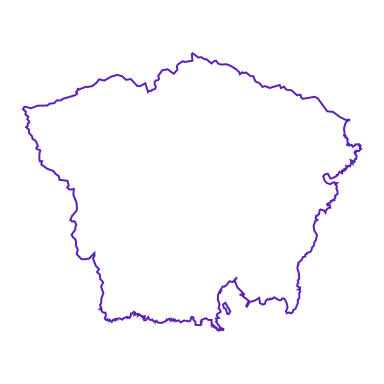 Nossa Senhora Da Graca, Praia, Cabo Verde
{"feature_id": "66160863B19025383966327", "entity_name": "Nossa Senhora Da Graca", "entity_type": "district", "adm_level": 2, "iso_a3": "CPV", "parent_name": "Cabo Verde", "parent_adm1": "Praia", "projection": "robinson", "projection_center": [-23.509, 14.948], "detail": "fine", "context": "isolated", "style": "outline", "palette": "violet", "viewbox_px": 384, "rotation_deg": 0, "n_neighbors": 0, "source": "geoboundaries", "source_scale": "gbopen_adm2", "svg_char_len": 5934}
<svg xmlns="http://www.w3.org/2000/svg" viewBox="0 0 384 384"><path d="M240.0,74.3L239.2,72.1L235.6,68.9L230.3,65.7L226.2,64.2L221.6,64.6L218.3,63.7L216.0,60.7L214.0,61.2L211.5,63.5L206.5,59.3L204.6,59.2L201.2,57.2L198.5,57.6L192.5,53.3L191.8,54.2L192.5,60.7L184.5,62.0L182.8,61.2L178.0,64.4L176.8,66.2L177.4,69.7L173.7,73.8L167.7,69.3L162.3,70.3L158.2,75.9L159.1,78.8L158.0,80.2L156.0,80.4L154.7,81.7L154.6,83.9L155.9,86.6L155.1,89.0L152.0,89.9L151.5,90.8L149.0,91.1L148.1,92.1L145.3,83.3L140.1,86.1L137.3,86.0L130.8,79.1L126.0,79.8L122.3,76.4L117.5,74.9L111.5,76.5L104.2,80.6L99.1,79.3L96.6,82.7L92.4,86.0L87.5,87.1L86.2,86.7L79.1,89.4L77.8,88.9L77.6,90.5L76.1,92.0L77.1,93.1L76.9,94.0L75.2,95.2L62.6,98.9L61.0,100.4L56.6,100.4L54.3,103.1L49.7,103.7L47.3,105.5L37.9,105.7L30.8,108.3L25.6,106.7L24.1,107.1L23.0,109.3L25.9,111.7L25.4,114.4L28.4,116.8L27.2,119.0L29.1,121.4L29.2,122.4L27.7,123.7L27.8,125.8L26.1,127.1L28.9,129.6L29.1,133.1L31.9,136.0L32.7,139.1L34.9,140.1L36.2,141.8L37.9,146.1L36.4,147.6L36.6,148.9L40.3,150.3L39.4,153.9L39.4,159.9L40.0,161.4L41.9,161.1L41.3,164.5L47.3,168.8L53.5,171.1L55.6,173.9L58.8,176.2L59.5,179.8L67.4,180.8L68.5,184.2L68.5,185.9L67.2,187.5L67.7,188.2L70.1,189.6L73.8,189.1L73.4,194.9L76.5,202.5L77.0,208.4L76.4,210.9L72.0,216.0L70.3,220.1L72.2,221.5L73.8,221.2L75.1,222.0L76.3,224.9L75.3,227.1L75.3,229.5L71.6,234.7L72.9,237.2L75.4,239.3L76.1,242.4L75.9,245.6L77.8,249.3L76.7,254.1L81.2,258.9L83.1,259.4L89.0,258.7L94.4,253.1L94.5,255.9L93.0,258.5L95.9,266.0L99.0,269.2L97.0,272.0L99.8,274.6L100.3,279.1L103.2,282.3L101.1,286.6L103.4,293.1L101.4,298.5L101.1,303.5L100.0,304.9L101.2,307.7L99.9,309.2L101.5,309.2L101.7,311.3L103.1,312.5L105.5,312.7L105.9,316.2L104.8,317.9L105.3,319.4L106.8,320.2L107.6,319.2L109.0,321.1L109.9,319.9L111.8,321.9L113.3,319.7L115.1,320.3L115.0,319.3L116.6,319.5L116.2,318.9L119.5,318.4L122.3,319.6L123.8,318.0L126.7,317.3L126.9,316.1L127.5,317.9L128.4,317.3L129.4,318.0L130.7,316.1L130.9,313.6L132.2,313.6L133.9,311.8L135.1,312.7L134.4,315.0L136.9,314.0L137.6,314.7L138.0,313.9L138.9,314.3L138.5,315.3L139.6,314.5L141.3,316.4L142.2,316.1L142.5,317.1L144.7,316.1L144.8,317.7L143.5,319.0L144.2,320.3L145.9,320.2L148.2,317.0L149.6,319.5L151.5,320.1L152.2,319.6L153.7,321.3L155.2,321.3L155.3,322.2L156.5,320.8L158.1,322.6L161.8,322.9L166.0,321.0L166.8,319.5L167.4,320.1L169.6,318.7L170.5,320.6L171.6,319.0L172.5,320.7L173.6,320.7L173.0,319.6L174.2,319.2L175.7,320.4L175.6,321.1L178.6,320.5L178.7,321.4L178.9,320.9L180.8,322.3L183.9,320.5L189.4,321.4L190.6,320.1L191.4,317.0L192.5,316.9L193.6,317.9L193.2,319.6L195.3,321.6L195.5,324.8L200.4,325.2L201.4,324.5L200.8,322.8L201.7,321.8L201.0,321.5L201.6,319.9L206.0,318.2L208.3,319.9L211.6,320.0L211.5,323.4L212.6,324.5L211.8,324.5L211.7,325.0L212.6,324.7L212.8,325.4L212.0,325.4L212.9,325.8L213.3,325.3L212.9,326.2L213.7,325.9L214.0,326.9L215.0,326.7L215.4,328.0L216.7,327.7L217.2,329.6L217.8,329.3L219.0,330.7L219.8,330.3L219.0,330.3L219.6,329.1L220.1,330.0L221.6,329.2L221.8,329.9L223.2,330.1L223.4,329.0L220.5,327.8L216.0,321.6L216.9,320.8L216.0,318.5L218.8,318.0L216.7,315.5L217.2,314.1L220.7,311.8L220.1,309.9L218.6,308.5L219.5,304.1L217.8,299.5L218.1,294.7L219.2,292.6L220.7,293.4L219.3,292.1L220.2,290.6L220.7,291.5L221.2,290.8L220.3,290.4L222.7,286.5L224.1,286.7L226.5,285.2L229.4,281.3L232.7,282.0L236.9,277.3L234.0,282.1L235.0,281.5L237.4,287.4L244.1,294.2L243.1,295.7L241.5,294.4L239.6,294.7L241.3,294.9L248.8,300.9L246.3,305.8L246.9,306.2L246.4,307.5L249.7,301.9L254.4,300.8L259.2,297.9L260.0,303.2L263.1,304.6L264.8,303.8L265.8,300.9L267.5,299.1L269.5,299.7L270.3,298.5L271.8,299.2L274.1,297.3L279.4,300.3L281.0,300.2L282.1,298.4L284.4,298.7L286.3,302.1L287.6,307.2L286.0,311.4L286.8,313.2L288.9,312.5L291.3,313.3L293.0,311.9L293.2,310.1L295.5,308.8L297.8,303.3L297.8,299.8L299.2,298.6L299.3,292.8L300.3,291.6L299.9,289.8L298.3,289.5L300.1,288.4L300.2,287.6L297.3,286.3L297.4,283.9L298.4,282.9L297.8,280.4L299.2,279.0L298.9,273.1L297.4,268.6L297.8,265.2L298.6,264.5L298.2,263.0L301.7,259.9L302.9,257.1L305.3,256.4L305.4,254.4L306.7,254.0L307.5,252.6L310.1,252.2L311.4,250.4L312.1,247.4L313.8,245.7L314.6,241.5L315.9,240.3L317.0,234.9L314.3,230.6L313.6,225.6L315.3,221.1L317.4,220.0L315.8,218.9L315.6,217.7L316.5,216.6L316.0,216.0L319.0,214.3L319.6,210.3L320.5,209.5L324.0,210.5L325.4,212.6L325.6,210.8L326.9,209.3L328.4,207.9L330.3,207.7L329.9,205.3L327.3,205.2L327.4,203.7L330.4,202.6L330.7,201.1L331.8,201.2L332.3,200.2L334.3,200.2L334.0,199.2L335.4,198.0L335.1,195.7L337.6,193.9L337.4,190.7L336.4,188.8L336.8,186.2L335.6,184.8L336.9,183.3L335.4,183.6L335.5,182.8L333.7,182.3L330.1,184.2L326.7,182.9L324.7,180.7L323.2,176.3L325.0,174.3L327.8,173.7L330.4,178.4L331.6,178.5L336.1,176.4L336.7,175.0L337.6,175.3L339.6,171.8L342.0,173.2L341.9,170.8L343.4,171.2L343.5,169.8L344.3,170.0L344.0,169.5L345.5,168.4L345.9,169.1L346.7,168.0L346.3,166.2L347.5,166.9L348.1,165.8L350.1,166.3L351.1,162.8L352.0,163.4L351.3,161.8L352.5,162.1L351.4,160.5L354.5,161.7L354.9,159.3L356.1,159.0L356.7,156.1L354.9,153.7L355.5,153.0L354.6,152.5L355.1,151.5L356.5,151.3L356.5,150.6L358.8,151.1L361.0,148.9L359.8,148.1L360.3,147.1L359.3,146.1L359.6,145.3L358.9,145.3L358.9,144.6L359.7,144.8L359.3,144.3L355.3,144.4L355.1,145.4L352.8,146.7L351.7,144.9L350.1,145.5L349.4,144.3L347.8,145.4L347.1,144.7L348.0,143.2L347.3,141.6L347.8,139.4L346.9,138.0L346.1,138.2L345.6,136.0L344.8,136.5L344.0,135.5L344.6,134.3L344.0,128.3L345.4,123.5L346.7,121.5L350.0,119.6L346.0,120.0L340.2,117.2L333.0,111.9L327.2,111.3L317.8,98.4L314.8,96.8L302.8,98.8L301.1,97.4L300.5,94.7L296.9,95.2L291.7,90.4L286.4,89.7L283.9,86.7L281.0,88.1L279.7,85.0L269.6,88.0L265.1,86.1L262.5,86.9L259.6,83.3L255.3,81.3L253.3,76.2L250.6,76.1L246.0,72.5L243.6,73.1L242.4,72.3L240.0,74.3ZM225.4,302.8L223.0,304.5L223.5,306.6L224.3,306.5L223.7,306.9L224.1,308.2L225.6,308.5L227.4,313.9L228.7,314.2L230.3,311.5L225.4,302.8Z" fill="none" stroke="#5b21b6" stroke-width="2"/></svg>